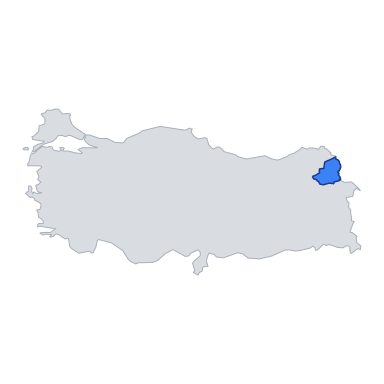 location of Kars within Turkey
{"feature_id": "TUR-3040", "entity_name": "Kars", "entity_type": "Province", "adm_level": 1, "iso_a3": "TUR", "parent_name": "Turkey", "parent_adm1": "", "projection": "orthographic", "projection_center": [43.226, 40.514], "detail": "fine", "context": "in_parent", "style": "filled", "palette": "blue", "viewbox_px": 384, "rotation_deg": 0, "n_neighbors": 0, "source": "natural_earth", "source_scale": "10m", "svg_char_len": 4793}
<svg xmlns="http://www.w3.org/2000/svg" viewBox="0 0 384 384"><path d="M301.8,147.2L307.2,149.3L309.1,147.9L314.0,148.1L318.5,149.3L321.0,146.1L324.2,146.4L324.7,148.1L326.2,148.7L330.9,152.9L330.3,153.4L331.5,155.0L335.5,156.0L335.9,158.1L339.0,161.3L340.6,166.1L339.7,169.6L337.9,171.7L340.5,179.1L339.7,180.0L344.6,182.4L350.8,181.9L352.8,182.9L358.9,188.7L360.4,190.9L356.3,188.2L353.9,190.6L352.8,196.4L346.2,197.5L347.3,201.2L349.1,202.9L348.5,206.4L349.0,207.8L350.8,210.1L350.6,213.2L351.4,216.6L351.5,220.6L354.2,221.7L353.0,223.6L350.0,231.7L350.2,232.4L352.3,232.6L357.0,236.3L356.2,237.5L356.8,242.7L361.0,246.0L360.3,247.7L360.5,249.5L357.5,248.7L351.5,253.4L350.8,253.3L350.0,251.7L349.8,247.1L348.3,245.9L346.4,245.7L343.2,247.8L340.2,247.7L337.2,247.3L329.3,244.5L326.4,245.5L323.4,244.3L317.5,250.0L315.7,250.4L314.8,247.6L312.8,246.0L310.1,248.1L299.9,250.6L295.2,251.0L289.6,249.9L284.9,250.1L271.8,256.0L259.4,258.9L248.3,258.1L242.5,253.8L237.9,252.7L223.4,257.8L216.6,257.1L214.4,254.5L209.2,253.1L207.9,255.3L206.4,260.9L207.9,266.3L204.9,266.3L202.9,267.3L202.1,271.2L199.2,272.5L198.2,274.9L197.7,274.9L193.4,272.5L194.8,270.7L192.6,263.3L194.1,261.1L200.2,255.7L200.3,252.3L198.1,249.7L190.5,253.4L189.7,255.0L188.0,256.2L185.3,256.4L173.0,249.6L165.0,253.8L158.0,260.3L152.9,262.4L138.4,262.8L135.8,263.9L131.1,261.8L128.4,259.5L122.8,250.6L111.2,242.8L98.5,239.5L97.1,240.9L95.9,247.1L93.0,252.7L91.9,253.1L89.2,251.2L78.8,253.2L70.8,248.0L69.6,246.1L68.7,238.9L67.5,238.2L66.0,238.9L64.6,238.7L59.0,234.7L55.8,233.9L53.4,236.5L50.0,237.1L50.0,236.3L51.6,234.6L46.5,234.1L43.6,235.0L40.1,233.5L40.4,232.8L43.5,232.4L50.5,232.5L55.5,228.8L39.4,226.1L37.7,226.8L37.8,224.4L38.9,223.5L43.3,223.4L43.3,221.4L41.1,218.8L38.5,217.2L38.0,212.0L36.8,210.5L37.1,209.8L39.9,209.5L41.0,206.0L41.0,203.7L36.3,200.8L35.1,200.7L34.2,198.6L32.2,196.8L30.2,197.6L25.7,193.6L27.0,191.7L28.2,192.0L28.8,190.4L28.3,187.4L28.6,186.0L29.8,185.8L31.0,186.3L32.0,188.2L31.6,191.4L32.6,193.6L33.9,191.9L36.1,193.4L40.4,193.2L41.4,192.5L38.3,192.0L37.3,191.0L35.7,185.3L38.6,184.3L40.8,182.1L37.7,179.7L39.0,176.3L36.8,171.7L41.7,167.2L41.6,166.5L40.4,165.9L27.7,165.7L27.9,163.3L29.2,161.5L30.1,156.5L31.1,153.9L33.6,153.6L37.1,150.2L42.4,146.4L47.1,147.4L49.2,146.4L52.0,146.9L52.5,148.9L54.7,150.6L59.1,151.2L61.4,150.3L59.8,147.7L62.3,147.4L64.2,148.3L62.7,150.6L63.3,151.0L69.0,151.2L74.8,152.8L81.3,153.6L82.3,152.9L78.1,149.6L81.4,147.9L83.1,147.7L97.0,147.8L97.2,147.4L89.0,144.9L85.2,141.2L84.3,139.4L85.8,135.7L86.9,134.8L89.8,135.1L99.8,138.5L107.2,138.5L114.8,142.3L122.6,142.9L124.3,141.9L126.7,138.4L138.3,133.6L142.5,130.8L160.1,126.4L185.1,130.2L189.7,128.1L192.2,129.2L191.3,130.8L191.3,132.3L194.0,136.4L198.3,139.0L204.7,137.7L206.9,138.6L208.7,144.7L212.3,148.6L214.1,149.0L216.7,147.1L219.0,147.0L222.5,149.3L223.7,151.5L235.8,154.8L238.2,156.8L246.4,159.0L265.0,155.7L271.5,158.9L277.2,160.0L279.6,159.6L287.1,156.5L289.5,154.6L294.2,153.1L300.1,149.4L301.8,147.2ZM70.6,114.3L69.7,116.9L70.2,119.9L72.0,124.4L74.2,126.9L85.3,134.4L82.8,139.2L79.6,139.5L69.7,135.2L65.1,136.6L62.2,135.5L57.8,135.7L56.1,138.5L52.5,141.5L43.4,144.3L34.3,151.4L31.9,152.1L33.4,149.3L33.8,146.7L37.7,144.4L42.8,143.0L44.3,141.4L32.6,139.4L32.0,136.6L33.3,136.3L38.0,132.3L38.7,130.5L39.2,125.8L44.3,124.1L44.9,123.0L45.0,118.3L41.2,114.8L41.6,113.6L44.9,112.9L47.2,110.1L51.8,110.3L54.2,109.2L58.3,109.1L62.4,114.0L68.4,113.5L70.6,114.3ZM28.2,149.9L24.1,149.8L23.0,148.8L24.5,147.7L27.7,147.4L28.5,148.9L28.2,149.9Z" fill="#d9dde1" stroke="#a8b0b8" stroke-width="1"/><path d="M335.6,157.1L335.5,157.7L335.7,158.4L335.9,159.1L336.3,159.4L337.0,159.5L337.8,159.9L338.5,160.5L339.1,161.2L339.3,161.6L339.3,162.1L339.4,162.5L339.5,163.1L339.7,163.5L340.4,164.7L340.6,165.1L340.6,165.5L340.7,167.1L340.7,167.3L340.3,168.0L340.2,168.1L340.3,168.7L339.6,169.6L339.4,170.0L339.4,170.6L339.2,170.5L339.0,170.4L339.1,170.5L339.1,170.8L338.7,170.8L338.3,171.1L337.7,171.8L337.8,172.1L338.2,172.5L338.9,173.2L338.9,173.3L338.6,174.3L338.5,174.5L338.4,174.9L338.6,175.3L339.0,175.7L339.8,176.8L340.1,177.3L339.8,177.6L340.0,178.1L340.5,178.7L340.7,179.0L340.5,179.3L339.7,179.5L339.4,179.7L339.7,180.4L337.3,181.2L335.1,181.6L334.1,182.0L334.1,182.9L333.5,183.7L332.5,183.3L331.7,183.5L330.9,183.3L328.9,183.2L323.4,184.8L319.9,184.1L319.4,183.2L319.0,182.3L318.6,181.6L317.9,181.2L317.5,181.1L317.2,180.9L317.0,180.4L316.7,180.0L316.1,179.6L315.6,179.4L314.0,179.1L313.6,178.6L313.2,178.0L312.6,177.2L313.2,176.0L315.8,175.2L316.9,174.5L317.5,174.0L318.1,173.6L318.9,173.3L319.6,172.9L319.2,170.5L319.5,169.8L319.6,168.9L321.6,168.6L323.8,168.4L324.1,166.7L324.4,163.9L324.8,162.1L326.9,161.0L329.8,159.8L332.7,158.5L334.4,157.5L335.6,157.1Z" fill="#3b82f6" stroke="#1e3a8a" stroke-width="1.5"/></svg>